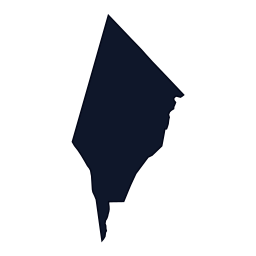 Coivaras, Piauí, Brazil
{"feature_id": "56859067B16410045204103", "entity_name": "Coivaras", "entity_type": "district", "adm_level": 2, "iso_a3": "BRA", "parent_name": "Brazil", "parent_adm1": "Piauí", "projection": "equal_earth", "projection_center": [-42.266, -5.118], "detail": "fine", "context": "isolated", "style": "filled", "palette": "ink", "viewbox_px": 256, "rotation_deg": 0, "n_neighbors": 0, "source": "geoboundaries", "source_scale": "gbopen_adm2", "svg_char_len": 953}
<svg xmlns="http://www.w3.org/2000/svg" viewBox="0 0 256 256"><path d="M166.5,128.8L167.2,126.9L168.1,123.9L168.6,119.7L169.2,117.3L168.4,114.6L169.5,111.8L171.2,110.2L173.6,108.7L173.7,106.8L174.7,104.6L175.5,102.4L173.9,100.4L173.6,98.3L175.2,96.5L176.7,96.0L178.1,96.5L180.5,97.1L182.2,96.0L183.6,94.9L163.2,73.4L151.9,61.6L145.2,54.2L141.4,49.9L130.6,38.7L108.4,15.4L89.7,81.2L72.4,141.8L74.6,145.6L78.1,150.1L81.3,154.9L82.8,157.4L85.1,161.3L87.6,165.7L89.4,168.0L90.7,170.4L91.2,173.4L91.7,175.9L92.5,189.4L93.0,192.0L94.8,195.8L96.3,199.5L98.1,212.5L102.0,240.6L103.5,238.8L104.9,236.4L105.4,232.4L106.3,230.8L105.8,228.7L105.7,225.8L104.9,223.6L105.4,220.5L106.7,218.4L107.5,216.2L108.0,213.9L108.7,211.3L109.0,209.2L108.9,206.4L108.5,203.6L108.7,201.6L123.7,201.4L128.4,189.9L130.6,184.7L135.8,173.5L148.0,157.1L152.0,155.2L161.7,145.9L162.5,141.7L163.9,134.2L164.8,129.0L166.5,128.8Z" fill="#0f172a" stroke="#020617" stroke-width="1.5"/></svg>